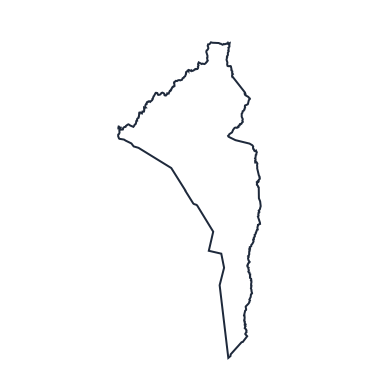 Capayán, Catamarca, Argentina (orthographic projection), rotated 13°
{"feature_id": "61730980B90105410435104", "entity_name": "Capayán", "entity_type": "district", "adm_level": 2, "iso_a3": "ARG", "parent_name": "Argentina", "parent_adm1": "Catamarca", "projection": "orthographic", "projection_center": [-65.985, -29.028], "detail": "fine", "context": "isolated", "style": "outline", "palette": "slate", "viewbox_px": 384, "rotation_deg": 13, "n_neighbors": 0, "source": "geoboundaries", "source_scale": "gbopen_adm2", "svg_char_len": 5999}
<svg xmlns="http://www.w3.org/2000/svg" viewBox="0 0 384 384"><g transform="rotate(13 192 192)"><path d="M264.7,345.5L266.4,343.2L266.2,341.5L274.1,327.2L275.2,326.7L278.2,320.1L275.9,318.5L275.8,318.0L276.6,316.3L276.3,316.1L276.3,314.7L275.8,314.0L275.6,314.1L274.7,313.1L274.0,312.7L274.2,312.1L274.0,311.3L274.3,310.7L274.0,310.6L273.7,310.0L273.3,309.7L273.9,308.8L273.1,308.4L272.8,307.2L272.7,307.3L271.7,305.4L271.6,305.1L271.9,304.7L271.5,302.3L271.2,301.5L270.4,300.7L270.4,300.4L270.8,300.0L270.5,299.5L270.5,295.7L271.2,294.7L271.1,294.0L270.1,291.8L270.2,291.3L272.2,288.0L272.7,286.5L272.7,286.0L272.5,285.7L272.9,284.6L272.1,283.9L272.8,281.1L272.5,278.8L273.2,277.4L272.9,277.2L273.1,276.7L272.1,274.9L272.1,274.2L271.0,272.5L271.2,271.7L270.7,270.1L271.0,269.9L270.3,268.6L270.2,266.2L269.4,265.0L269.7,264.8L269.1,263.2L267.8,262.6L267.4,260.9L267.6,260.7L267.1,259.7L267.2,259.2L266.7,259.1L266.1,257.6L265.6,257.7L264.8,256.9L265.0,255.4L264.1,254.0L264.2,253.0L263.0,252.4L262.5,251.6L262.4,250.9L262.9,250.4L262.7,249.6L263.1,248.3L263.4,248.2L263.9,247.4L263.9,247.1L262.6,246.1L261.6,244.2L261.5,243.4L261.9,242.6L261.7,242.1L261.1,241.8L261.3,241.4L261.6,241.3L261.8,239.5L261.5,239.1L261.1,236.9L261.4,236.8L261.4,235.8L260.7,234.9L261.4,234.4L261.3,234.0L260.8,233.6L260.7,232.7L261.1,232.5L261.9,231.5L261.7,230.2L262.5,228.8L263.1,226.4L262.8,225.5L262.3,225.0L262.3,224.7L262.8,224.6L263.0,224.0L262.5,222.9L262.9,222.1L262.9,221.5L263.2,221.1L262.7,219.7L263.1,219.4L263.5,217.8L263.3,217.3L263.7,216.2L263.6,215.9L263.8,214.3L264.5,213.8L263.8,212.3L263.7,210.4L263.9,210.0L263.7,209.2L264.2,209.0L264.9,207.9L265.2,208.0L265.5,207.8L265.1,206.6L261.7,201.0L262.1,200.6L262.2,200.1L261.6,198.8L261.8,197.9L261.5,197.6L261.5,197.0L262.1,196.3L261.2,195.2L262.0,193.7L262.1,190.3L260.5,185.8L258.6,183.1L256.0,172.5L255.5,172.4L254.7,171.1L253.6,170.4L253.4,169.7L253.6,169.4L253.3,168.2L252.9,167.8L253.2,167.3L253.6,167.9L254.4,167.4L254.6,166.6L254.3,165.0L255.1,163.9L254.7,162.6L254.2,162.2L254.3,161.7L253.4,160.8L250.1,154.1L250.0,153.0L249.4,151.4L249.3,149.6L248.3,148.5L247.6,148.2L247.3,149.0L247.0,149.1L246.7,148.3L246.7,147.7L246.5,147.4L246.8,147.0L246.6,145.9L245.9,145.2L246.2,144.6L246.0,144.3L246.1,143.7L245.8,141.6L246.2,141.2L246.1,140.9L246.2,140.4L246.0,139.4L246.2,138.7L245.4,137.7L244.9,137.8L244.8,137.4L244.1,138.0L243.3,137.7L242.7,136.5L242.1,136.4L241.5,135.3L241.4,133.9L240.3,132.9L237.2,131.9L222.7,131.7L215.8,130.1L215.0,129.8L214.5,129.2L215.3,127.9L215.4,127.2L217.6,124.9L218.1,122.1L219.1,119.9L220.0,119.4L221.2,119.4L221.9,119.0L221.8,118.5L222.0,118.2L222.7,118.1L222.6,116.8L223.5,116.3L223.4,115.1L223.7,114.8L224.4,114.8L224.9,114.2L225.1,113.1L225.7,112.4L225.6,111.8L225.0,111.2L225.1,109.6L223.5,107.5L222.8,104.5L223.3,103.5L223.2,101.9L224.1,101.1L224.2,100.4L224.6,99.9L224.4,98.6L224.8,97.9L224.2,96.6L224.2,95.8L226.5,94.1L226.7,93.6L226.7,89.8L227.5,88.2L227.1,87.7L226.2,87.4L225.6,86.7L222.3,85.7L222.2,84.9L221.5,84.9L221.3,84.6L221.1,84.0L221.5,83.6L221.3,83.2L205.8,70.7L205.5,70.9L205.0,70.2L205.0,69.6L204.8,69.3L204.8,68.6L205.3,67.9L204.2,67.0L204.3,66.2L204.1,65.3L203.2,64.8L203.1,64.1L202.8,64.0L202.7,63.1L201.6,60.8L201.2,60.7L201.0,61.0L199.9,60.9L199.0,61.3L198.2,61.1L197.6,59.9L197.3,57.7L195.9,55.4L195.9,53.7L195.7,52.9L195.9,52.6L195.6,52.2L195.7,51.5L196.1,50.9L196.1,50.1L195.6,48.4L196.1,46.4L195.5,46.0L195.6,44.2L195.0,43.2L195.7,42.2L195.7,41.3L195.3,40.8L195.2,38.5L194.8,38.8L194.6,39.4L194.2,39.3L193.6,38.7L193.5,39.2L193.2,39.0L192.7,39.7L192.2,39.6L191.5,40.2L190.6,40.7L189.7,40.6L188.8,41.6L187.1,41.3L186.6,41.0L185.6,41.2L184.7,40.8L178.2,42.0L176.8,41.9L175.9,43.8L175.4,44.3L174.5,44.5L174.4,46.1L175.2,47.2L175.6,48.5L175.1,50.1L174.4,50.8L174.4,52.3L176.4,55.7L176.8,57.6L176.5,58.0L177.5,60.1L177.4,60.6L177.7,60.7L177.1,62.1L176.6,62.6L176.4,63.4L175.4,64.5L173.2,64.6L172.7,65.1L169.4,64.2L169.1,66.1L169.9,67.1L169.5,68.3L169.9,68.8L170.0,69.9L169.6,70.9L168.4,71.1L168.1,71.6L167.5,71.5L166.2,73.2L165.2,73.9L164.2,73.8L164.1,74.0L163.9,73.8L163.7,74.2L161.3,73.8L161.0,74.1L161.1,74.5L160.9,74.3L160.4,74.7L160.3,75.4L159.8,75.9L159.7,76.2L159.4,76.3L159.3,77.6L159.6,78.0L159.6,78.7L159.4,79.4L159.3,80.7L158.3,81.9L158.2,82.6L157.3,83.2L157.0,84.9L155.4,85.9L154.6,85.8L153.4,86.2L152.4,87.3L151.3,87.3L149.9,89.1L150.2,89.5L150.0,90.0L150.5,90.7L151.1,92.6L150.3,93.1L150.3,93.6L149.6,93.8L149.4,94.0L149.4,94.6L149.0,95.2L149.0,95.7L148.6,96.6L148.8,97.0L148.5,97.9L148.2,97.9L148.1,98.4L147.6,98.5L147.1,101.4L145.7,101.4L145.7,102.5L145.2,103.0L144.8,103.9L143.9,104.0L143.4,103.8L142.8,102.4L141.0,101.8L140.0,102.3L139.3,103.9L138.9,104.3L137.7,104.9L137.0,104.9L136.4,104.0L135.7,103.7L135.7,103.4L134.6,103.4L134.3,103.6L133.3,107.2L133.0,107.5L132.9,109.3L132.5,110.1L132.8,110.5L132.4,111.7L132.1,111.9L131.0,113.6L130.2,113.2L129.3,113.9L129.0,113.7L128.8,114.1L127.9,114.7L128.0,116.4L127.5,116.4L127.1,117.8L127.2,119.8L127.7,120.1L127.1,120.3L127.0,121.2L126.4,120.9L127.1,123.4L127.1,124.2L126.8,124.3L126.8,124.6L125.6,124.8L125.5,126.7L123.6,126.1L122.8,126.5L122.8,127.3L123.3,128.1L123.0,128.8L123.3,130.3L123.1,130.7L123.3,131.4L123.1,131.5L123.1,131.8L122.2,132.9L122.2,134.0L122.5,134.8L121.9,135.0L121.7,135.6L121.9,136.1L121.9,138.2L121.6,138.7L121.0,139.2L120.8,140.4L120.2,141.7L116.7,141.1L115.8,140.6L114.7,140.4L113.8,141.2L113.6,141.6L112.8,142.4L112.6,143.5L111.6,143.8L110.9,144.6L110.5,145.4L110.6,146.6L109.7,147.0L108.8,147.1L108.2,146.7L107.9,146.1L108.0,145.3L106.6,145.4L106.1,144.7L105.8,144.7L105.8,146.2L106.0,146.7L107.0,146.5L107.4,147.5L107.8,147.9L107.4,148.6L108.0,150.3L107.9,151.7L107.2,152.6L107.5,154.2L108.8,156.2L109.3,156.5L113.9,156.2L115.9,156.9L122.0,158.3L124.9,160.7L129.9,161.0L166.4,173.3L183.8,190.6L185.3,192.1L185.2,192.3L195.8,202.9L196.7,203.3L199.1,203.5L200.0,203.9L221.6,225.9L221.6,245.5L234.4,245.5L240.3,258.6L239.9,276.6L264.7,345.5Z" fill="none" stroke="#1e293b" stroke-width="2"/></g></svg>